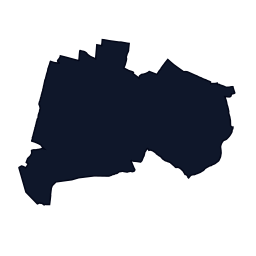 Chiesd, Satu Mare, Romania (Albers equal-area conic projection), rotated 276°
{"feature_id": "2599482B13011976625208", "entity_name": "Chiesd", "entity_type": "district", "adm_level": 2, "iso_a3": "ROU", "parent_name": "Romania", "parent_adm1": "Satu Mare", "projection": "albers", "projection_center": [22.885, 47.378], "detail": "fine", "context": "isolated", "style": "filled", "palette": "ink", "viewbox_px": 256, "rotation_deg": 276, "n_neighbors": 0, "source": "geoboundaries", "source_scale": "gbopen_adm2", "svg_char_len": 5814}
<svg xmlns="http://www.w3.org/2000/svg" viewBox="0 0 256 256"><g transform="rotate(276 128 128)"><path d="M180.8,214.4L180.9,213.4L180.6,212.6L180.7,212.3L180.9,212.2L181.8,212.2L182.0,212.1L181.3,210.0L181.2,209.0L181.1,208.0L181.0,207.3L180.8,206.7L180.7,206.1L180.6,205.8L182.0,205.3L182.3,205.3L182.5,205.0L182.8,204.2L183.0,203.4L183.5,201.6L183.9,200.7L184.1,200.1L184.3,198.9L184.8,197.2L184.9,196.8L185.4,195.9L185.6,195.0L186.2,192.8L186.9,191.3L187.3,189.8L187.5,189.1L189.2,183.9L189.5,182.9L189.7,182.4L189.9,181.7L190.1,180.8L190.1,179.6L189.8,177.7L189.8,177.3L193.7,170.4L195.6,167.1L198.1,163.4L200.3,160.4L196.7,158.1L196.4,157.9L194.9,157.1L193.7,156.3L190.9,154.7L190.3,154.6L187.9,153.0L187.4,152.7L186.8,152.5L185.0,151.5L184.2,151.1L184.7,149.5L185.2,147.6L186.4,143.2L185.3,142.1L184.6,140.9L184.0,139.9L183.4,138.5L183.0,137.4L182.7,136.0L182.3,135.5L181.4,134.6L181.0,134.1L180.2,134.0L179.8,133.7L178.7,133.6L180.0,131.7L182.8,127.1L183.8,127.6L184.0,127.4L184.3,126.8L184.7,125.1L185.1,123.0L185.5,121.8L185.9,121.0L186.4,119.5L187.4,117.5L190.2,118.4L194.7,119.2L196.4,119.3L197.1,119.2L198.3,118.8L198.8,118.7L199.4,119.0L200.5,119.2L201.9,119.4L203.1,119.9L204.5,120.3L205.2,120.4L206.2,120.3L212.2,120.3L212.2,118.8L212.4,116.1L212.6,113.3L212.7,112.0L212.5,110.1L212.6,106.7L212.8,100.3L213.2,95.1L213.2,93.2L210.1,93.3L207.1,93.2L207.5,88.3L204.1,88.4L193.3,88.6L194.1,86.4L194.2,86.1L194.4,85.3L195.3,82.8L196.9,80.1L197.6,79.4L198.2,78.9L198.4,78.6L199.2,77.1L199.5,76.1L199.7,73.7L200.0,72.7L200.0,72.2L199.8,72.1L199.5,72.0L196.2,72.0L193.2,72.1L190.9,72.1L190.0,72.0L189.9,71.9L190.2,69.5L192.0,58.2L192.6,53.9L192.7,53.2L191.7,53.1L190.8,52.8L189.5,52.1L188.2,51.2L187.7,51.0L187.3,51.0L186.9,51.2L186.5,51.8L185.8,52.4L185.3,52.6L185.2,52.3L185.3,51.5L185.3,49.6L185.3,48.4L185.5,46.9L185.9,45.0L186.2,44.0L186.1,43.9L185.3,43.7L182.8,43.3L181.9,43.0L179.7,42.6L179.0,42.3L176.0,42.1L173.2,41.5L168.1,40.8L167.1,40.4L161.9,39.9L160.7,39.7L158.8,39.6L157.5,39.3L156.6,39.4L154.0,38.8L153.3,38.8L152.0,38.5L149.7,38.3L148.9,38.0L148.0,38.0L147.4,37.8L146.1,37.7L145.5,37.5L145.0,37.3L144.4,37.2L142.7,37.0L141.8,37.2L141.4,37.6L140.8,37.9L139.2,38.4L138.9,38.7L138.6,38.7L136.3,38.3L134.6,38.3L133.3,37.8L132.7,37.8L131.7,37.5L129.5,37.5L128.5,37.5L128.0,37.3L127.3,36.8L126.7,36.9L126.3,36.7L126.0,36.8L124.5,36.4L124.1,36.5L123.7,36.3L122.9,36.3L122.0,36.1L121.2,36.1L120.8,35.9L119.8,35.9L119.3,35.8L118.8,35.5L118.3,35.6L113.3,34.8L109.7,34.3L108.2,33.9L107.3,34.1L107.0,34.1L105.9,33.7L105.2,33.6L104.9,33.7L104.9,33.8L104.4,36.5L103.8,38.5L103.5,39.5L103.0,41.0L102.2,42.9L101.9,43.3L100.0,45.0L99.8,45.5L99.2,46.0L98.5,46.9L98.7,45.5L98.8,44.8L98.4,44.2L97.9,43.1L97.3,41.2L97.1,40.1L96.7,39.1L96.5,37.7L96.4,37.5L96.5,36.8L96.4,36.5L95.9,34.9L95.6,34.5L95.4,34.4L95.2,34.5L92.8,34.9L92.1,34.8L91.6,34.4L91.1,34.4L89.6,33.5L87.9,32.0L87.1,31.4L83.1,30.4L82.0,32.6L78.7,31.1L77.9,30.5L77.7,30.3L78.2,29.5L78.3,29.0L78.4,28.6L78.7,28.1L78.8,27.1L79.1,26.5L79.1,26.1L77.5,23.9L77.1,23.7L68.0,27.4L53.6,33.2L43.1,45.8L44.2,47.9L44.2,48.6L44.0,49.2L44.1,50.4L44.0,51.2L43.4,51.4L42.8,52.6L43.0,53.0L43.4,53.6L43.4,55.0L43.6,56.7L43.7,58.0L50.1,58.1L52.7,58.1L53.9,57.9L60.2,58.0L62.8,58.7L66.9,62.0L70.7,77.6L73.4,84.2L76.9,99.4L78.2,114.1L78.8,115.1L78.9,115.5L79.2,116.2L80.2,117.6L80.3,117.8L80.3,118.4L80.4,118.9L81.1,119.8L81.4,120.6L81.6,121.4L81.8,121.8L82.1,122.3L82.7,122.8L83.1,123.2L83.5,123.7L84.0,125.6L84.3,126.5L84.5,127.5L84.3,128.1L84.1,131.8L84.7,133.1L85.3,135.2L85.0,136.8L85.6,138.4L86.4,139.0L87.4,139.1L88.8,138.1L95.7,134.3L96.0,134.8L95.6,137.1L95.7,140.0L95.5,144.1L97.0,145.2L101.3,146.4L102.9,146.7L102.7,146.9L106.0,147.3L106.9,147.9L108.5,148.6L109.5,149.3L109.7,149.8L108.0,151.1L108.3,151.9L108.4,152.7L108.4,153.2L107.8,155.3L107.5,155.9L107.1,156.5L106.8,157.2L105.9,158.5L105.5,159.0L105.2,159.1L105.1,159.5L103.7,161.8L103.2,163.1L103.1,163.5L103.0,163.8L102.3,164.1L101.8,164.7L101.4,165.3L101.0,165.6L100.7,166.0L100.7,166.3L100.1,167.1L100.0,167.6L99.6,168.0L99.3,168.9L99.2,169.5L99.1,170.3L98.7,171.2L98.7,171.9L98.4,172.5L98.4,172.9L98.2,173.7L98.0,174.0L97.5,174.4L97.5,174.6L96.5,175.9L94.8,178.4L94.0,179.2L93.9,179.5L93.8,179.8L94.0,181.1L94.2,181.4L94.2,181.8L94.3,181.8L94.0,182.2L94.0,182.6L93.9,182.9L93.1,184.6L92.5,185.3L91.0,187.3L90.0,188.0L89.6,188.4L88.2,189.3L87.8,189.6L87.7,190.8L87.3,191.4L86.3,192.3L85.8,192.8L85.2,192.8L84.7,193.5L85.0,193.7L85.7,194.1L87.3,195.2L87.7,195.7L88.3,197.1L88.5,198.1L88.5,198.7L88.7,199.1L89.1,199.9L89.6,200.7L89.9,201.5L90.4,202.4L91.4,204.3L92.1,205.3L92.5,205.6L93.3,206.9L94.1,207.7L94.8,208.3L95.7,208.7L96.1,209.2L96.8,210.2L97.1,210.5L97.8,211.6L98.6,212.6L99.0,213.4L99.2,214.0L99.3,214.5L99.6,214.9L100.2,215.6L100.5,216.0L101.0,217.1L101.7,218.2L104.1,220.8L104.6,221.3L105.1,221.7L105.7,221.9L108.3,222.8L109.2,223.0L112.8,223.2L115.3,222.8L118.8,222.0L119.4,222.0L120.4,222.1L121.9,222.4L123.0,222.8L123.7,223.1L124.6,223.7L125.3,224.0L125.7,224.4L126.0,225.1L126.5,226.1L127.2,227.1L129.2,228.7L130.5,229.6L131.9,230.4L133.4,231.1L134.9,231.7L136.2,231.8L136.4,231.5L137.8,231.9L138.1,232.3L139.9,232.3L139.9,232.0L139.8,231.5L140.1,230.5L141.1,229.8L141.9,229.6L146.3,229.0L147.2,228.7L149.0,228.2L150.0,227.9L150.5,227.7L150.9,227.4L152.3,227.0L152.8,226.7L153.7,226.4L154.5,226.5L155.4,226.3L157.4,225.7L160.2,224.7L160.7,224.4L161.9,223.9L164.1,223.3L166.4,222.4L167.3,221.9L168.4,221.5L169.4,220.9L169.5,225.4L169.8,226.3L170.3,226.9L171.9,227.3L172.8,227.4L172.8,228.1L173.5,229.9L173.8,230.4L174.1,230.5L176.9,229.2L179.6,228.1L179.9,228.1L180.0,227.6L179.9,227.0L179.7,226.1L179.3,225.0L179.0,223.6L178.9,222.7L178.7,221.7L179.0,220.4L179.7,218.5L179.8,217.7L180.0,217.1L180.3,215.4L180.8,214.4Z" fill="#0f172a" stroke="#020617" stroke-width="1.5"/></g></svg>